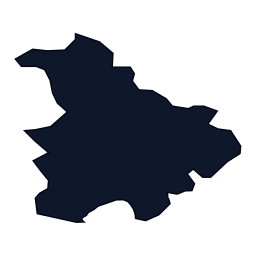 the border of Amatas
{"feature_id": "LVA-5781", "entity_name": "Amatas", "entity_type": "Municipality", "adm_level": 1, "iso_a3": "LVA", "parent_name": "Latvia", "parent_adm1": "", "projection": "equal_earth", "projection_center": [25.336, 57.115], "detail": "fine", "context": "isolated", "style": "filled", "palette": "ink", "viewbox_px": 256, "rotation_deg": 0, "n_neighbors": 0, "source": "natural_earth", "source_scale": "10m", "svg_char_len": 1036}
<svg xmlns="http://www.w3.org/2000/svg" viewBox="0 0 256 256"><path d="M191.9,190.6L185.1,190.8L178.5,193.6L176.8,194.0L167.5,192.3L167.7,197.3L168.9,199.7L170.0,203.7L158.9,214.7L145.7,220.6L135.6,218.4L135.3,215.0L134.7,212.4L133.4,209.0L131.0,205.2L128.0,201.6L123.4,199.7L116.4,199.8L97.9,206.2L93.9,209.5L88.3,212.5L86.3,215.4L82.1,217.8L81.9,219.4L82.6,220.7L84.0,221.9L76.4,222.2L37.3,213.6L35.4,198.3L39.5,193.4L47.9,188.6L48.6,180.4L40.6,170.6L33.2,160.8L48.6,152.7L35.3,141.3L24.6,130.7L35.3,129.8L50.7,126.6L60.0,118.4L67.4,111.9L57.4,103.0L52.7,93.2L50.1,80.2L44.7,69.6L36.1,66.3L21.4,66.3L15.4,59.0L32.7,49.3L47.4,50.9L64.8,50.1L75.5,39.5L75.5,33.8L99.5,42.0L112.9,53.3L112.2,67.2L130.2,67.2L134.3,73.7L132.3,81.0L138.9,89.9L152.3,90.7L166.3,98.9L172.4,106.2L188.4,108.7L193.8,106.2L203.8,106.2L217.2,111.1L207.8,124.1L217.9,129.0L230.6,130.7L240.6,146.1L240.0,153.5L227.3,161.6L210.6,177.2L202.6,177.2L193.2,169.0L187.2,173.9L194.5,183.7L191.9,190.6L191.9,190.6Z" fill="#0f172a" stroke="#020617" stroke-width="1.5"/></svg>